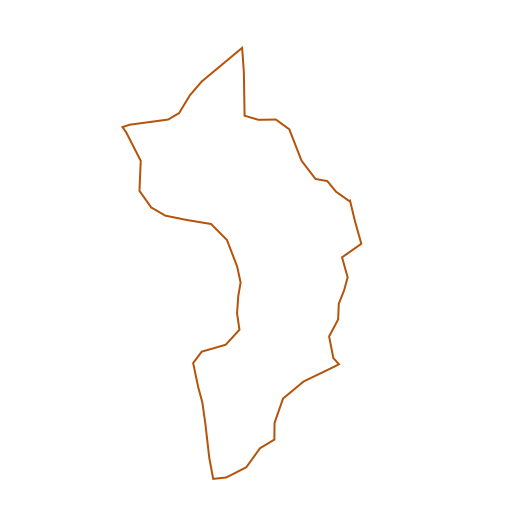 Ainaro, Robinson projection, rotated 163°
{"feature_id": "TLS-545", "entity_name": "Ainaro", "entity_type": "District", "adm_level": 1, "iso_a3": "TLS", "parent_name": "East Timor", "parent_adm1": "", "projection": "robinson", "projection_center": [125.566, -9.004], "detail": "fine", "context": "isolated", "style": "outline", "palette": "amber", "viewbox_px": 512, "rotation_deg": 163, "n_neighbors": 0, "source": "natural_earth", "source_scale": "10m", "svg_char_len": 889}
<svg xmlns="http://www.w3.org/2000/svg" viewBox="0 0 512 512"><g transform="rotate(163 256 256)"><path d="M346.0,418.3L338.5,418.5L300.1,412.2L287.8,415.1L272.3,429.0L256.8,438.8L208.4,459.1L213.8,435.6L225.9,393.5L213.8,385.5L197.1,380.7L187.1,367.4L184.6,333.8L176.6,312.3L165.9,306.8L160.7,294.1L150.8,281.3L149.9,281.5L151.2,260.1L151.7,236.9L174.1,229.6L174.6,208.8L181.8,197.4L190.8,186.1L196.0,171.3L209.6,157.7L211.9,135.8L208.3,128.2L211.6,127.6L247.1,122.1L271.8,111.8L287.1,90.9L292.1,75.1L308.4,71.0L317.7,63.9L327.1,56.8L349.3,52.9L362.1,55.4L359.8,75.7L359.6,77.2L353.4,110.8L350.1,131.9L349.6,147.7L347.4,172.0L335.9,180.4L310.9,180.0L293.4,190.3L290.9,206.7L284.6,223.0L278.5,235.1L277.1,251.4L279.1,279.8L289.6,299.7L312.1,310.9L330.9,321.1L342.0,333.0L348.4,352.3L343.8,365.5L338.4,380.7L344.0,412.3L346.0,418.3Z" fill="none" stroke="#b45309" stroke-width="2"/></g></svg>